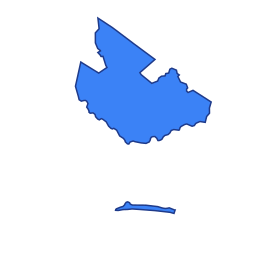 Hyde, North Carolina, United States of America (Albers equal-area conic projection), rotated 33°
{"feature_id": "52423323B51150866941712", "entity_name": "Hyde", "entity_type": "district", "adm_level": 2, "iso_a3": "USA", "parent_name": "United States of America", "parent_adm1": "North Carolina", "projection": "albers", "projection_center": [-76.165, 35.384], "detail": "fine", "context": "isolated", "style": "filled", "palette": "blue", "viewbox_px": 256, "rotation_deg": 33, "n_neighbors": 0, "source": "geoboundaries", "source_scale": "gbopen_adm2", "svg_char_len": 1912}
<svg xmlns="http://www.w3.org/2000/svg" viewBox="0 0 256 256"><g transform="rotate(33 128 128)"><path d="M42.9,52.2L49.7,60.5L48.8,66.0L54.3,74.4L59.3,77.8L62.4,78.1L62.5,78.1L62.7,78.4L62.7,78.5L62.8,78.5L61.6,81.1L65.4,82.1L65.9,82.5L66.0,82.5L66.5,82.7L66.8,82.5L68.0,81.5L75.2,87.5L77.4,88.7L73.5,97.9L52.5,98.4L61.2,121.6L69.1,128.5L71.6,130.9L74.2,130.9L76.2,128.8L77.5,128.0L78.8,128.0L81.1,129.3L82.0,133.0L84.1,133.8L86.3,135.2L86.5,135.9L88.2,136.2L90.4,134.4L91.5,134.4L93.0,134.6L94.7,136.2L97.7,137.0L99.5,136.8L100.5,134.7L102.0,134.4L106.4,134.7L110.7,137.0L113.9,137.6L115.4,137.3L116.3,136.0L119.7,136.0L125.3,139.2L129.9,139.2L132.5,140.2L133.1,141.0L136.1,141.6L137.4,141.0L137.4,138.6L139.4,136.1L141.2,135.7L147.0,133.4L151.5,131.1L153.4,128.1L153.2,125.9L152.6,124.6L152.6,123.0L153.4,121.8L155.2,120.5L157.7,120.9L159.9,122.2L160.8,121.7L162.0,120.2L162.6,118.8L162.4,116.5L162.9,114.3L165.2,111.6L165.8,109.3L165.6,106.5L167.2,104.4L171.9,102.1L172.1,101.5L171.5,99.6L171.6,98.0L173.5,94.4L174.3,93.4L175.2,92.6L180.8,91.6L182.3,89.8L182.3,87.7L182.6,86.7L184.8,83.4L189.7,81.2L187.7,75.5L188.3,71.2L185.4,66.9L183.6,60.9L162.0,61.0L159.0,65.5L157.0,65.1L155.9,63.3L156.2,61.9L153.0,59.5L147.0,60.8L141.7,57.6L142.1,55.6L139.5,55.5L137.1,53.1L132.2,54.0L131.1,55.9L132.2,59.8L130.0,61.8L130.7,64.1L127.9,66.3L126.7,69.2L127.3,72.5L123.6,77.6L110.0,76.1L107.8,75.1L113.3,55.8L87.1,54.2L60.5,52.3L43.1,52.2L42.9,52.2ZM212.2,171.2L212.1,171.3L206.1,172.5L204.7,173.9L203.1,175.2L200.9,176.2L199.7,176.6L195.8,177.7L185.3,182.9L182.2,184.8L179.6,186.5L173.7,190.2L171.4,190.6L170.0,189.8L168.0,190.1L167.0,191.2L166.8,192.8L167.0,194.6L166.5,196.6L164.8,198.5L162.3,202.1L162.1,203.0L162.4,203.8L164.7,202.5L168.3,199.1L171.9,196.6L175.6,193.6L181.7,190.2L195.6,182.6L205.4,177.7L209.2,175.8L211.5,175.1L213.1,174.6L212.2,171.2Z" fill="#3b82f6" stroke="#1e3a8a" stroke-width="1.5"/></g></svg>